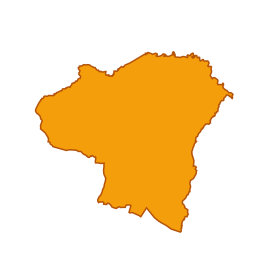 Waeng Noi, Khon Kaen, Thailand, rotated 104°
{"feature_id": "78962969B33774110374884", "entity_name": "Waeng Noi", "entity_type": "district", "adm_level": 2, "iso_a3": "THA", "parent_name": "Thailand", "parent_adm1": "Khon Kaen", "projection": "mercator", "projection_center": [102.401, 15.798], "detail": "fine", "context": "isolated", "style": "filled", "palette": "amber", "viewbox_px": 256, "rotation_deg": 104, "n_neighbors": 0, "source": "geoboundaries", "source_scale": "gbopen_adm2", "svg_char_len": 5678}
<svg xmlns="http://www.w3.org/2000/svg" viewBox="0 0 256 256"><g transform="rotate(104 128 128)"><path d="M160.7,202.2L160.7,200.3L162.2,199.8L163.3,197.2L164.2,196.5L164.7,182.4L163.5,180.1L162.8,177.4L162.1,172.4L162.8,170.5L162.2,168.6L162.7,167.0L163.5,166.1L164.4,164.2L164.4,162.5L165.3,161.3L165.3,160.6L165.9,160.1L166.0,158.7L165.2,157.9L164.1,157.4L164.3,156.7L163.3,155.7L164.1,154.5L164.4,153.0L164.1,152.6L164.7,152.4L164.7,152.1L166.1,151.8L168.5,151.6L169.7,151.1L169.1,148.6L169.0,145.8L167.9,142.6L169.0,142.6L171.5,141.9L174.4,141.6L176.8,140.9L178.9,140.0L181.9,137.6L184.3,137.1L188.5,137.3L190.8,137.0L194.0,137.7L196.2,137.6L199.4,138.2L200.5,138.6L201.1,139.2L204.7,140.0L206.4,139.6L207.5,138.4L206.6,137.7L206.2,135.6L205.8,134.6L205.3,134.3L205.8,134.4L206.2,133.5L207.8,133.2L207.4,130.2L205.9,129.8L205.8,129.3L206.3,127.0L207.7,125.2L208.4,124.8L208.9,122.6L208.8,119.7L208.0,119.2L206.6,117.6L206.9,115.8L206.0,113.1L205.7,111.5L203.4,111.2L202.7,109.3L202.2,107.3L202.7,106.4L209.6,106.6L210.0,105.7L209.1,103.8L209.1,102.6L210.3,96.0L211.0,94.1L201.0,90.7L208.5,80.8L210.8,76.0L211.9,72.7L213.3,67.4L215.6,61.6L216.3,52.0L215.6,51.5L214.6,51.5L213.4,52.2L212.7,51.8L212.3,51.9L211.9,51.7L211.6,52.0L210.6,52.0L210.3,52.5L209.6,52.5L209.4,52.0L207.7,52.8L207.3,52.6L205.9,52.7L204.3,52.3L203.6,51.5L203.4,51.8L202.8,51.7L202.6,51.2L200.7,51.3L199.9,50.6L199.9,49.3L197.0,48.8L195.2,49.9L192.9,50.2L191.6,53.7L190.5,53.9L188.8,55.5L188.3,56.7L187.2,57.2L185.6,57.5L183.9,56.2L181.9,55.1L178.8,54.5L178.2,53.9L178.2,53.6L175.2,53.3L174.8,52.5L172.6,53.2L171.1,53.0L169.4,53.2L167.2,54.5L164.5,54.8L163.4,54.4L161.6,52.6L160.0,51.9L156.7,51.0L155.2,50.9L153.3,51.3L152.8,51.0L151.5,52.9L149.8,52.2L149.0,53.0L148.8,54.6L149.3,55.3L143.8,56.1L137.5,59.9L136.9,59.8L135.8,60.4L132.8,60.1L131.5,60.3L129.5,59.7L127.8,59.8L125.8,59.1L125.1,58.5L124.4,58.3L124.3,59.5L122.2,59.5L121.3,59.8L120.0,59.5L119.5,58.5L116.1,58.2L115.7,57.7L114.3,57.1L114.0,56.8L113.4,56.8L112.3,56.5L111.5,56.6L111.4,55.9L110.4,55.5L110.0,55.6L109.9,55.2L109.4,54.9L107.8,54.8L106.6,54.0L105.6,53.7L105.1,52.5L104.8,52.2L104.8,50.5L104.2,50.1L103.3,49.9L103.1,49.3L102.4,49.7L101.6,49.6L101.0,50.1L100.8,49.8L99.6,49.9L98.8,49.4L97.8,49.3L96.6,48.4L96.4,47.9L96.0,47.9L95.9,47.5L95.5,47.4L95.5,46.9L95.1,46.6L94.0,46.7L92.6,47.2L92.4,46.2L90.9,46.0L90.4,44.9L87.0,45.3L84.9,44.9L84.5,45.4L84.0,45.5L83.2,45.4L82.9,44.9L82.0,44.9L81.1,44.5L80.8,44.7L80.0,44.5L78.7,43.7L78.5,42.5L78.1,41.9L77.4,41.8L76.8,42.3L75.1,41.8L74.2,41.1L72.0,40.2L71.9,39.1L72.5,36.8L72.8,36.9L72.8,36.4L73.2,35.6L73.4,34.8L73.9,34.8L74.1,34.0L72.9,33.9L72.5,34.5L71.6,34.8L70.6,34.3L70.0,34.3L69.4,35.2L69.0,36.4L69.0,37.4L69.3,38.2L69.3,38.7L67.7,41.2L67.4,42.8L66.3,44.9L64.7,46.1L63.0,45.7L61.7,46.3L61.7,46.9L62.8,47.0L63.4,47.8L63.7,49.9L64.1,51.3L63.0,52.1L60.7,52.1L60.1,52.4L59.5,52.9L58.4,55.5L58.3,56.6L58.8,57.7L59.8,58.0L59.6,58.6L58.3,59.7L57.7,60.6L57.1,60.9L53.4,60.5L52.1,60.9L50.3,61.8L48.5,61.8L48.2,62.5L48.6,64.1L49.0,64.8L48.7,65.4L48.3,65.6L47.2,65.2L46.3,65.3L45.3,65.1L43.9,66.2L43.8,67.2L44.6,70.2L44.4,70.8L43.4,71.4L43.4,71.9L45.4,73.8L45.4,74.2L44.1,75.0L42.2,75.6L42.1,76.3L42.9,77.1L42.9,77.6L42.6,78.0L41.3,78.7L41.1,79.2L41.4,80.1L42.5,80.4L44.1,81.3L44.3,82.3L43.8,83.1L43.0,83.0L42.8,81.6L42.4,81.0L42.1,81.0L41.0,82.3L39.9,82.7L39.7,83.2L41.0,84.7L42.7,85.0L42.7,87.7L42.9,88.0L43.6,88.1L44.5,87.2L45.1,87.2L45.3,88.2L45.1,89.4L45.3,91.9L47.1,94.7L47.0,96.1L47.5,97.7L47.5,99.8L46.3,99.8L45.3,100.2L43.4,101.7L43.1,102.3L43.6,102.8L44.7,103.0L45.5,101.5L46.0,101.3L46.5,103.2L48.0,104.8L49.0,106.6L48.7,107.9L49.2,109.1L49.2,109.7L49.8,110.3L49.6,110.5L49.1,110.3L48.4,109.4L47.9,109.2L47.6,109.9L47.5,111.4L47.9,112.1L48.6,112.3L49.5,113.1L50.6,114.5L51.2,116.0L51.4,117.8L51.2,118.1L50.8,118.1L50.0,117.4L49.5,117.4L49.1,117.7L48.8,118.7L48.9,119.5L50.6,122.0L50.2,123.0L49.9,126.7L50.0,127.1L50.4,127.3L51.2,127.1L51.3,127.5L51.8,128.0L51.8,128.4L51.4,128.6L51.7,128.8L51.6,129.0L52.6,128.8L52.6,129.9L64.3,141.7L67.9,146.3L70.0,147.1L70.2,147.8L69.9,149.1L71.5,150.4L72.8,150.8L72.8,151.6L73.5,152.1L74.3,151.5L74.7,152.0L75.2,152.0L75.6,152.6L75.7,153.8L76.0,154.0L75.9,154.4L76.1,155.2L76.5,155.0L77.2,155.3L77.9,154.8L78.8,155.1L79.4,154.8L79.7,155.5L80.5,155.1L80.8,155.6L81.6,155.9L81.3,156.7L81.9,157.1L81.8,157.8L82.1,158.1L82.3,159.0L81.1,159.4L81.2,160.0L81.7,160.3L81.7,161.7L82.0,161.9L81.0,162.9L79.4,163.2L79.0,162.9L78.5,163.1L80.1,166.8L79.7,167.2L79.6,168.2L80.1,168.8L80.2,169.5L79.1,170.6L79.5,170.9L79.0,172.8L78.4,173.2L78.0,173.9L77.3,174.5L77.7,175.7L77.3,176.1L77.2,177.7L76.1,180.6L76.4,182.9L77.0,183.9L77.1,185.5L77.4,186.5L78.9,187.8L79.4,189.4L79.9,190.2L80.7,189.9L81.6,190.8L82.5,190.4L83.5,189.4L83.8,188.5L85.7,188.6L86.3,189.0L86.8,188.7L88.0,188.6L89.1,186.6L89.9,186.4L91.6,186.5L91.7,187.4L92.7,188.3L95.0,188.7L94.9,189.7L95.3,190.1L97.1,190.7L97.0,191.3L97.8,192.1L98.1,193.0L100.0,193.2L101.3,194.0L102.4,193.9L102.5,194.1L102.4,194.9L102.8,196.1L103.5,197.1L104.1,197.2L104.1,197.9L105.1,198.3L105.8,200.7L106.4,201.2L107.7,201.1L108.0,201.4L108.1,202.2L110.6,205.2L110.7,205.5L111.1,205.9L111.7,205.9L112.7,207.9L113.2,207.9L113.5,207.3L114.7,208.1L114.7,209.5L115.4,210.6L115.2,211.2L115.5,211.8L115.6,212.8L116.8,213.9L117.1,216.3L117.8,217.2L118.6,217.0L119.4,217.3L119.8,217.6L120.0,218.6L121.5,218.8L121.8,219.5L122.8,219.6L125.5,220.6L128.9,221.4L132.6,222.1L134.3,221.6L136.0,219.7L136.3,218.2L137.5,216.8L137.9,216.0L139.9,215.1L140.5,214.6L140.9,213.8L141.9,213.0L146.8,213.5L148.4,212.9L150.0,212.6L152.8,207.1L157.1,202.8L158.8,202.3L160.7,202.2Z" fill="#f59e0b" stroke="#b45309" stroke-width="1.5"/></g></svg>